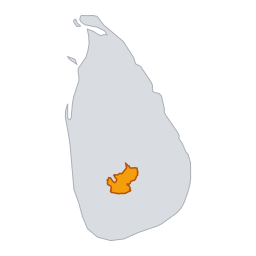 Nuvara Ĕliya highlighted on a map of Sri Lanka
{"feature_id": "LKA-2450", "entity_name": "Nuvara Ĕliya", "entity_type": "District", "adm_level": 1, "iso_a3": "LKA", "parent_name": "Sri Lanka", "parent_adm1": "", "projection": "orthographic", "projection_center": [80.707, 7.013], "detail": "fine", "context": "in_parent", "style": "filled", "palette": "amber", "viewbox_px": 256, "rotation_deg": 0, "n_neighbors": 0, "source": "natural_earth", "source_scale": "10m", "svg_char_len": 2284}
<svg xmlns="http://www.w3.org/2000/svg" viewBox="0 0 256 256"><path d="M81.3,15.4L86.9,15.7L92.8,15.5L96.9,16.3L104.0,25.3L123.2,41.4L133.7,57.7L134.7,61.3L136.1,64.4L138.7,65.3L140.8,66.7L151.3,82.4L152.5,85.6L152.4,89.0L153.0,91.6L155.7,92.8L159.2,93.5L161.4,95.9L164.3,108.5L164.3,112.4L165.1,114.1L178.4,133.7L179.1,136.1L179.0,137.9L179.4,139.4L182.0,142.9L186.0,152.2L188.0,154.3L190.5,162.5L190.7,178.1L189.8,185.0L187.4,193.5L184.4,201.8L181.3,207.8L176.9,212.8L162.0,223.6L157.7,225.8L138.3,232.5L124.0,238.9L110.7,240.6L97.5,237.1L87.5,228.7L82.4,216.4L79.0,203.6L73.9,189.3L70.1,145.2L68.3,132.9L65.3,117.2L65.6,110.4L67.7,103.8L67.7,118.1L69.7,119.9L71.1,118.1L72.5,103.3L73.6,97.0L78.9,80.7L79.0,77.8L78.1,71.7L78.2,68.6L86.0,57.1L88.0,50.5L89.1,43.7L88.7,36.3L87.3,29.1L93.6,31.4L97.1,33.9L100.6,35.6L103.5,34.7L107.0,34.7L104.5,30.8L97.1,27.1L85.0,24.8L81.2,22.0L79.7,19.5L80.5,16.5L81.3,15.4ZM75.1,59.7L76.7,64.2L72.0,61.1L68.8,58.6L67.7,56.6L74.2,58.9L75.1,59.7ZM80.6,26.0L77.0,26.6L74.1,22.7L73.5,21.1L74.2,19.9L75.0,19.3L75.9,19.5L77.3,23.1L80.6,26.0Z" fill="#d9dde1" stroke="#a8b0b8" stroke-width="1"/><path d="M119.3,193.7L116.1,193.3L113.1,192.6L111.7,192.5L110.5,191.6L110.7,191.0L111.1,190.6L110.7,190.1L110.8,189.2L111.4,188.6L111.3,187.8L110.9,186.3L109.6,185.3L107.9,184.7L107.4,183.1L107.8,180.9L107.4,180.5L107.1,180.1L107.4,179.6L107.8,179.5L108.7,178.8L109.2,178.0L109.0,177.9L108.9,177.7L110.5,177.9L113.1,181.7L114.8,182.7L116.1,181.4L116.8,179.5L116.1,178.5L115.2,177.7L114.2,175.8L113.8,175.6L113.3,175.8L114.6,174.7L116.7,175.0L117.9,174.7L119.5,173.5L120.7,173.5L121.7,173.8L125.4,169.4L126.6,167.4L126.0,165.2L125.8,163.5L126.9,164.4L127.7,165.5L128.3,165.7L128.8,165.8L130.1,167.9L132.2,168.1L134.7,167.7L137.1,168.2L137.1,169.2L137.5,170.7L137.4,171.2L137.5,171.7L137.8,172.0L138.0,172.3L137.6,172.8L137.3,173.3L137.6,174.4L137.7,174.8L137.5,175.2L137.1,175.7L136.7,176.1L136.1,177.2L135.9,178.3L134.6,180.2L132.4,180.7L131.3,181.2L130.4,182.0L130.2,183.2L129.4,184.1L128.3,184.0L127.2,184.1L127.3,185.0L129.2,185.9L129.5,186.7L129.9,187.6L130.2,188.0L130.4,188.4L129.5,189.8L130.1,190.1L130.6,190.4L130.0,191.2L128.9,191.5L125.6,193.2L123.8,193.5L121.9,193.4L120.5,193.5L119.3,193.7Z" fill="#f59e0b" stroke="#b45309" stroke-width="1.5"/></svg>